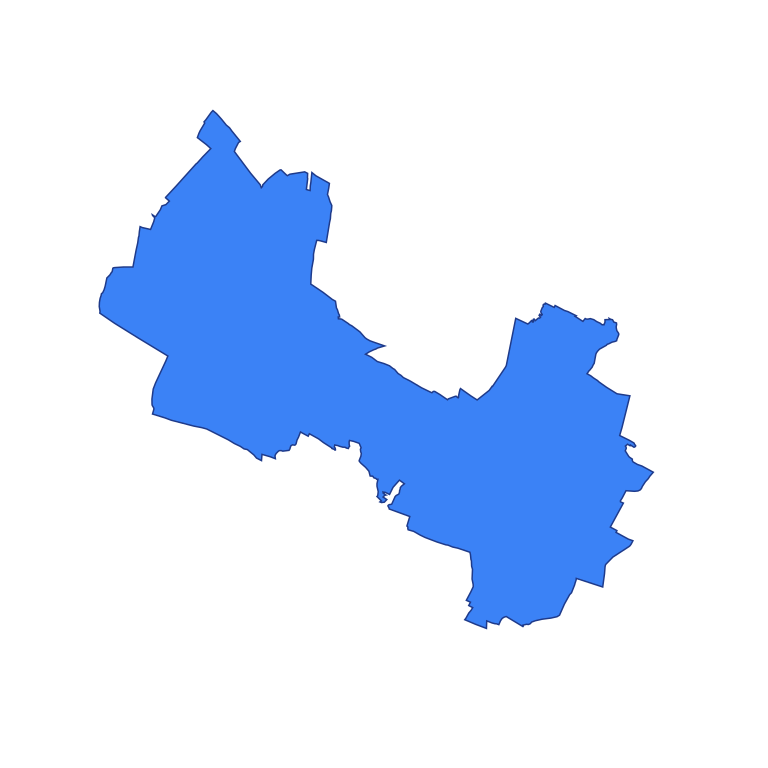 the district of Podu Turcului, Bacau, Romania, rotated 209°
{"feature_id": "2599482B35845485094617", "entity_name": "Podu Turcului", "entity_type": "district", "adm_level": 2, "iso_a3": "ROU", "parent_name": "Romania", "parent_adm1": "Bacau", "projection": "robinson", "projection_center": [27.419, 46.199], "detail": "fine", "context": "isolated", "style": "filled", "palette": "blue", "viewbox_px": 768, "rotation_deg": 209, "n_neighbors": 0, "source": "geoboundaries", "source_scale": "gbopen_adm2", "svg_char_len": 6163}
<svg xmlns="http://www.w3.org/2000/svg" viewBox="0 0 768 768"><g transform="rotate(209 384 384)"><path d="M249.0,536.9L258.2,536.5L261.8,535.8L272.4,535.6L272.3,533.5L282.1,533.0L282.2,532.7L281.8,532.1L283.1,531.0L283.1,530.1L282.2,528.9L282.6,527.7L282.1,523.6L281.7,523.0L280.8,522.2L279.3,521.5L279.3,521.2L279.5,520.3L281.6,520.5L281.6,519.2L279.5,518.3L279.8,517.1L280.9,516.6L282.4,512.8L284.3,513.6L284.8,512.8L283.5,511.2L283.6,510.5L284.3,510.2L285.0,511.2L285.7,511.1L286.6,507.8L287.3,506.2L300.6,505.3L286.0,459.5L285.9,457.8L287.9,434.5L288.3,434.5L288.9,429.4L294.8,415.2L302.2,415.7L314.9,417.1L314.8,415.6L313.0,409.6L312.3,408.4L312.3,408.0L312.9,407.8L314.9,408.3L315.6,407.9L320.5,402.2L320.8,401.0L330.1,401.9L336.1,402.1L337.3,401.4L337.8,399.7L338.3,399.5L349.1,398.9L362.5,399.3L370.2,399.0L373.4,399.8L376.8,400.0L381.8,401.9L383.7,401.9L388.0,402.6L393.8,401.9L400.7,400.4L407.7,401.4L414.6,401.1L412.5,404.9L409.5,409.1L408.1,410.6L407.1,412.3L401.9,417.6L414.0,415.5L417.2,415.0L420.8,415.0L423.1,415.3L430.3,417.9L440.4,419.3L443.5,419.2L443.9,419.5L452.2,420.2L453.4,419.9L455.5,418.9L456.5,420.4L455.3,421.1L456.5,422.7L457.8,423.5L460.9,426.5L462.4,427.4L466.6,432.9L470.3,432.9L481.6,434.6L496.5,435.9L500.5,444.0L503.3,450.3L506.2,458.9L508.6,463.4L510.1,467.9L512.5,477.0L511.2,477.7L509.4,478.3L503.1,479.8L510.0,499.1L511.0,502.5L513.3,507.4L514.0,510.0L515.5,513.4L516.2,514.8L519.6,517.3L523.3,520.8L525.3,522.3L527.3,528.5L529.0,533.0L544.5,533.1L549.6,534.0L545.8,525.1L544.5,521.5L542.4,517.4L544.6,516.8L546.2,516.5L550.3,526.6L551.0,527.4L552.9,531.2L556.2,531.1L568.0,521.9L569.5,519.4L570.6,519.5L577.8,521.4L578.7,520.8L581.3,515.6L584.6,507.2L586.6,499.4L586.2,498.4L586.1,497.7L586.5,496.2L588.9,498.3L602.9,503.7L627.6,514.8L628.1,517.8L628.3,524.7L627.3,526.5L639.7,531.5L643.3,533.2L647.5,534.0L654.4,536.8L661.6,539.3L666.2,540.2L666.8,538.0L667.9,528.8L668.5,526.0L667.3,525.3L667.6,516.3L667.4,513.5L666.7,509.0L655.5,507.3L649.6,505.9L652.6,495.0L654.5,486.6L655.1,485.3L661.8,456.2L665.5,441.3L665.4,441.0L660.4,439.9L661.7,435.2L664.6,432.1L664.1,428.0L664.8,420.1L665.1,419.6L665.6,419.4L668.6,419.7L668.1,419.2L665.5,418.4L665.0,417.9L664.1,414.3L663.1,406.0L671.4,403.6L673.6,403.4L671.9,398.8L670.0,394.5L669.9,393.4L667.8,388.0L665.8,381.2L660.3,364.6L668.6,360.0L675.9,355.3L676.9,354.5L677.3,353.8L676.2,350.5L676.5,349.3L676.6,346.6L677.8,342.4L675.3,334.4L674.5,330.7L674.3,327.5L674.9,325.9L674.3,324.2L673.8,321.3L672.5,317.5L670.6,313.7L667.6,309.9L666.9,308.2L649.2,306.5L621.9,305.1L586.6,303.7L586.0,298.6L584.3,274.1L583.4,267.7L579.7,258.4L577.0,253.7L576.3,252.9L573.9,251.5L573.1,250.6L571.9,245.5L559.0,248.2L552.3,249.2L529.9,255.0L522.2,257.5L517.3,258.7L493.0,259.7L486.1,259.4L479.4,259.8L474.9,259.4L471.8,260.4L463.5,258.9L459.6,257.4L454.0,257.6L456.6,263.3L448.3,265.2L442.8,266.0L444.5,268.3L444.7,269.7L444.6,271.2L443.8,274.0L443.3,274.9L441.7,275.9L440.0,276.2L434.9,279.9L434.8,281.3L435.5,284.7L434.6,286.4L432.5,287.2L432.1,287.7L431.9,289.0L432.9,292.8L433.0,296.0L433.8,301.5L425.0,301.6L425.2,304.3L414.7,304.3L408.5,303.4L398.7,302.8L398.5,302.4L398.1,302.3L396.0,302.7L395.0,302.4L394.5,302.7L394.7,303.2L395.6,304.3L396.9,304.8L397.5,306.8L394.3,307.8L392.9,307.9L389.3,308.8L387.5,309.8L387.0,309.7L386.4,309.9L386.0,309.7L383.9,310.3L384.1,312.1L383.9,312.9L385.2,314.3L386.5,316.6L386.8,317.9L382.8,319.1L376.9,320.1L373.1,317.1L373.0,315.5L371.5,313.4L370.2,312.3L369.2,309.6L368.6,305.0L368.1,304.4L365.7,303.5L359.8,302.2L355.1,300.5L354.6,300.1L351.5,296.8L349.2,297.9L347.2,297.0L345.5,297.5L344.2,297.1L343.1,297.7L341.8,293.4L340.5,291.1L336.9,287.1L335.5,283.7L335.4,282.8L335.6,282.2L329.7,280.5L330.4,278.9L328.7,279.1L326.4,280.8L325.5,284.3L330.0,284.7L329.8,285.7L329.2,287.2L328.5,287.8L330.5,287.8L330.9,288.3L331.9,288.2L332.5,289.1L330.9,289.3L330.8,289.8L325.6,290.1L326.0,298.0L323.9,307.4L317.8,306.6L319.2,303.1L319.5,301.3L319.0,300.2L318.6,298.0L318.1,297.2L317.7,295.4L317.8,294.7L319.3,292.4L319.7,290.9L319.0,282.7L319.4,282.2L321.0,281.0L321.5,280.0L321.5,279.3L319.4,277.9L318.8,277.2L297.2,280.6L295.1,270.9L293.8,270.5L293.0,269.0L292.2,268.2L286.6,269.5L279.1,269.4L273.7,269.7L261.1,271.5L252.0,273.3L249.9,274.1L244.9,274.7L239.9,276.2L227.3,278.5L225.6,276.6L222.9,272.7L221.8,271.7L219.0,267.1L216.8,264.9L212.4,256.1L208.9,252.0L207.7,250.0L207.3,244.5L207.1,234.7L202.6,235.1L202.5,231.3L198.0,231.4L198.1,228.3L198.8,224.9L198.8,219.0L199.1,217.0L187.5,218.2L175.9,219.9L179.3,226.6L173.6,227.4L170.8,228.1L169.3,228.8L166.9,229.2L167.3,233.5L167.0,236.3L165.9,238.3L164.4,239.9L144.9,239.2L144.8,239.8L145.6,240.4L142.8,243.0L141.2,243.6L140.6,244.3L139.8,245.4L139.5,247.3L136.9,250.3L131.6,255.0L124.4,260.3L119.8,264.4L118.4,266.9L119.5,278.9L119.5,289.8L118.8,292.3L119.9,300.8L120.2,301.8L121.0,305.9L121.6,307.2L94.3,312.5L99.2,325.1L102.1,331.4L102.6,333.2L102.5,334.1L99.9,343.6L90.9,360.6L90.4,361.9L90.2,363.8L90.3,367.6L95.0,366.8L109.1,366.7L109.2,368.7L116.7,368.6L116.9,395.9L120.0,395.6L120.6,396.4L120.4,399.8L120.6,408.0L112.9,411.6L110.0,413.6L108.5,415.7L108.2,417.6L108.4,419.7L108.0,425.2L107.0,429.2L106.8,432.2L105.7,437.4L118.7,437.3L123.3,436.5L128.4,436.6L129.7,437.4L130.4,438.7L133.9,439.0L135.2,439.5L140.6,442.5L140.9,445.1L141.6,446.1L142.8,446.7L141.8,449.4L138.9,449.3L138.9,450.1L134.7,449.9L134.1,450.6L133.8,451.6L134.1,452.2L135.7,452.7L136.3,453.4L137.0,453.6L142.0,453.7L152.9,453.2L154.7,461.1L163.2,492.9L175.5,488.4L187.7,489.0L196.8,490.0L198.8,490.5L204.0,490.9L207.1,491.4L211.4,491.4L211.1,494.9L210.8,495.7L210.1,499.6L210.3,501.9L210.2,504.0L213.1,512.6L213.3,514.1L213.1,516.2L212.4,519.0L208.3,525.6L208.0,527.0L207.0,528.0L204.8,531.2L202.6,533.2L201.5,534.6L201.9,535.8L202.6,541.0L203.3,542.0L206.3,543.6L208.0,545.6L208.7,546.7L209.4,548.9L210.3,550.1L213.0,549.6L215.3,551.0L217.1,550.5L218.7,550.5L217.9,549.8L221.9,547.4L220.7,545.2L220.3,542.5L221.1,542.3L221.2,541.9L222.3,541.5L224.1,542.0L228.2,541.7L231.7,542.0L235.3,541.2L237.2,539.5L238.8,538.8L239.8,538.8L240.4,535.2L249.7,535.8L249.0,536.9Z" fill="#3b82f6" stroke="#1e3a8a" stroke-width="1.5"/></g></svg>